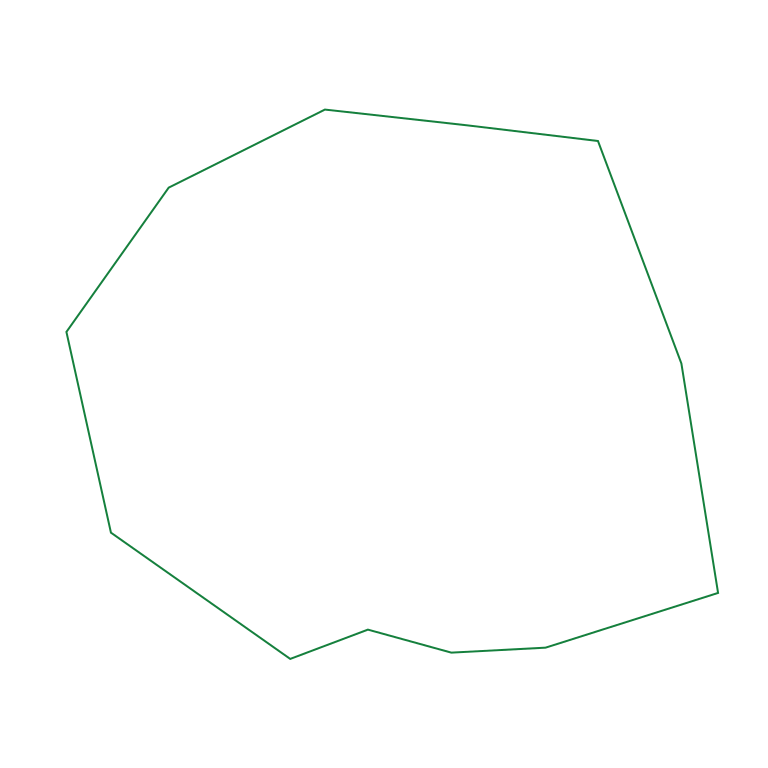 an SVG outline of Santa Catarina do Fogo, rotated 84°
{"feature_id": "CPV-5044", "entity_name": "Santa Catarina do Fogo", "entity_type": "state/province", "adm_level": 1, "iso_a3": "CPV", "parent_name": "Cabo Verde", "parent_adm1": "", "projection": "robinson", "projection_center": [-24.332, 14.912], "detail": "fine", "context": "isolated", "style": "outline", "palette": "green", "viewbox_px": 768, "rotation_deg": 84, "n_neighbors": 0, "source": "natural_earth", "source_scale": "10m", "svg_char_len": 318}
<svg xmlns="http://www.w3.org/2000/svg" viewBox="0 0 768 768"><g transform="rotate(84 384 384)"><path d="M626.7,73.6L663.1,250.9L658.2,345.1L626.6,425.7L647.6,506.0L503.3,671.1L299.0,694.4L166.2,577.6L104.9,414.1L135.5,274.0L164.7,145.8L394.7,86.1L626.7,73.6Z" fill="none" stroke="#15803d" stroke-width="2"/></g></svg>